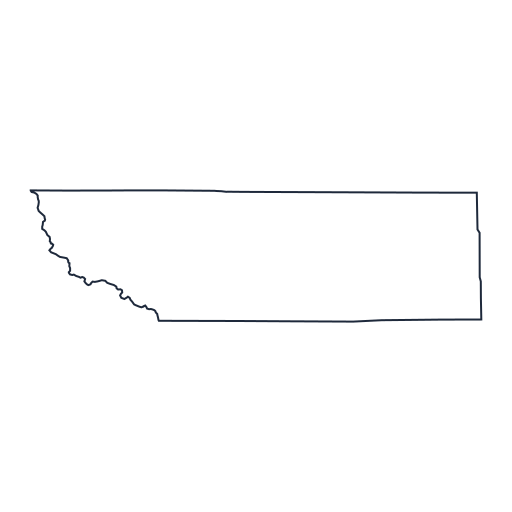 the district of Sheridan, Wyoming, United States of America
{"feature_id": "52423323B2027306214362", "entity_name": "Sheridan", "entity_type": "district", "adm_level": 2, "iso_a3": "USA", "parent_name": "United States of America", "parent_adm1": "Wyoming", "projection": "robinson", "projection_center": [-107.487, 44.779], "detail": "fine", "context": "isolated", "style": "outline", "palette": "slate", "viewbox_px": 512, "rotation_deg": 0, "n_neighbors": 0, "source": "geoboundaries", "source_scale": "gbopen_adm2", "svg_char_len": 1861}
<svg xmlns="http://www.w3.org/2000/svg" viewBox="0 0 512 512"><path d="M420.4,192.6L348.7,192.3L272.6,192.0L271.6,192.0L249.2,191.9L234.2,191.8L228.5,191.7L226.2,191.8L221.3,191.2L216.5,191.0L214.5,190.8L163.2,190.4L129.9,190.4L111.9,190.5L102.5,190.5L102.3,190.5L68.8,190.6L30.7,190.4L30.7,190.6L31.6,192.0L34.3,192.6L36.4,193.9L37.7,195.5L37.7,197.2L38.1,199.4L38.7,200.8L38.8,202.2L38.6,203.6L38.4,205.0L37.6,207.8L38.7,211.0L40.5,212.7L42.7,214.6L44.4,216.2L44.7,218.3L45.1,219.5L44.8,220.7L44.4,220.9L43.0,221.9L42.7,225.0L42.2,226.6L42.2,228.9L44.4,230.3L45.8,231.7L47.4,235.1L49.0,236.4L49.6,236.9L50.0,239.0L49.8,241.3L50.7,242.3L50.7,243.0L51.2,243.7L51.9,243.6L53.2,244.7L53.0,245.7L51.8,247.9L50.7,248.7L49.4,250.3L51.1,252.3L55.9,254.2L57.8,255.6L59.9,256.9L63.8,257.6L66.7,258.2L68.2,260.4L68.2,261.9L68.7,262.8L69.5,263.2L69.4,264.8L69.3,266.1L70.1,268.1L70.1,270.8L68.8,272.2L68.9,272.8L70.0,274.4L72.3,275.0L73.8,274.6L76.2,276.0L79.0,276.9L80.5,277.7L82.2,277.0L83.8,277.6L85.1,279.0L84.4,281.4L85.6,283.0L86.9,284.3L88.3,285.1L89.0,284.9L90.5,284.3L91.1,283.1L92.6,281.6L94.8,281.9L97.6,281.4L99.5,280.9L101.8,280.2L105.3,280.8L107.2,282.8L110.1,283.9L113.8,285.0L116.3,286.6L116.6,288.3L118.1,289.5L120.5,289.3L122.0,290.3L122.2,292.5L121.0,293.7L120.1,295.4L121.3,297.8L124.4,299.0L127.1,297.4L127.9,296.7L129.7,297.9L130.4,299.7L132.1,301.6L134.1,304.4L135.5,305.1L137.7,306.0L139.4,306.7L141.5,307.3L142.2,307.0L143.3,306.7L143.9,306.3L143.8,306.1L145.2,305.5L146.3,306.9L147.1,308.6L149.1,309.2L150.9,309.0L152.7,309.5L154.4,310.2L155.4,311.2L155.8,312.5L157.2,313.9L157.4,315.1L158.0,317.4L158.5,320.0L158.9,320.8L238.7,321.0L290.5,321.3L353.2,321.6L381.9,320.2L441.0,319.6L481.3,319.5L480.9,298.2L480.8,281.4L479.7,277.3L479.6,232.8L477.5,229.5L476.8,192.7L420.4,192.6L420.4,192.6Z" fill="none" stroke="#1e293b" stroke-width="2"/></svg>